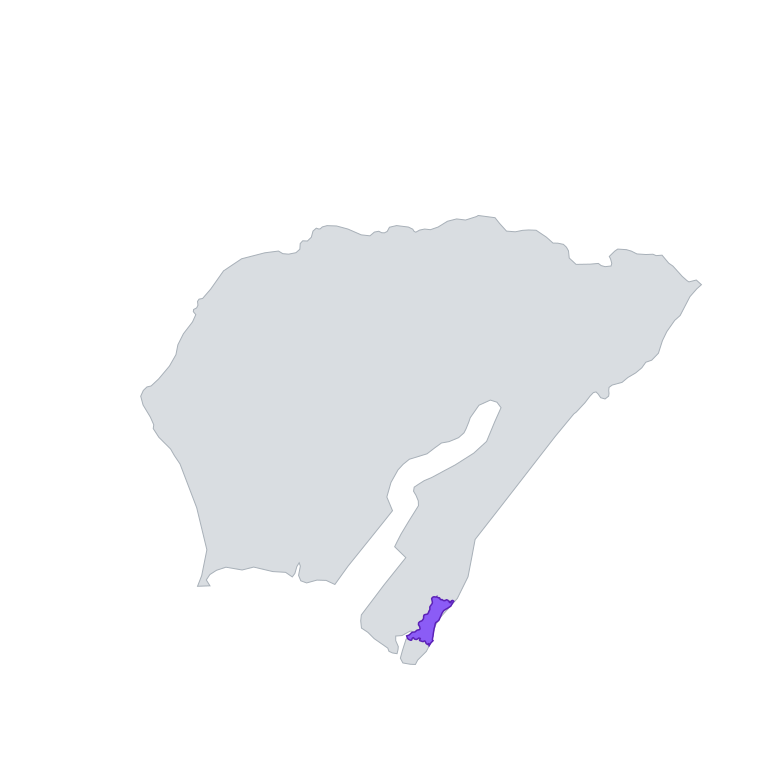 Ziguinchor, Ziguinchor, Senegal (highlighted), rotated 308°
{"feature_id": "50182788B19119296887329", "entity_name": "Ziguinchor", "entity_type": "district", "adm_level": 2, "iso_a3": "SEN", "parent_name": "Senegal", "parent_adm1": "Ziguinchor", "projection": "albers", "projection_center": [-16.18, 12.511], "detail": "fine", "context": "in_parent", "style": "filled", "palette": "violet", "viewbox_px": 768, "rotation_deg": 308, "n_neighbors": 0, "source": "geoboundaries", "source_scale": "gbopen_adm2", "svg_char_len": 7553}
<svg xmlns="http://www.w3.org/2000/svg" viewBox="0 0 768 768"><g transform="rotate(308 384 384)"><path d="M574.8,354.5L583.4,369.1L581.7,376.1L579.9,386.4L584.8,393.8L590.4,398.6L594.4,403.1L598.8,409.2L599.7,421.5L599.1,430.4L602.0,434.3L604.5,439.4L604.1,443.6L602.5,447.4L597.3,452.4L596.5,461.7L605.4,472.7L611.0,478.7L611.0,482.2L612.6,486.0L616.8,490.3L619.3,489.2L622.0,485.6L623.2,483.0L630.7,484.0L634.2,485.1L639.1,492.3L641.0,497.1L642.2,503.2L647.3,510.7L651.8,516.0L652.7,519.4L656.7,523.8L654.5,534.0L654.8,539.1L652.4,552.7L652.0,559.1L652.2,561.4L658.2,566.1L657.7,573.0L651.6,571.9L641.2,571.3L620.3,575.2L613.1,573.9L599.4,574.6L589.6,576.7L577.2,581.3L567.6,580.3L562.3,576.9L555.5,577.2L547.7,575.5L539.4,572.2L531.9,570.6L523.7,564.5L519.9,563.4L517.2,565.1L515.0,567.2L512.7,568.5L508.3,567.4L506.6,563.2L507.9,559.1L508.3,556.0L506.2,554.3L501.2,553.8L493.2,553.9L480.3,552.8L477.3,552.0L448.5,551.2L418.5,551.3L393.2,551.4L361.1,551.5L338.6,551.5L317.6,551.5L301.4,559.9L283.8,568.9L260.2,573.8L233.0,572.0L224.3,573.3L215.3,577.3L208.7,580.2L199.3,582.0L187.2,580.5L182.3,581.4L179.3,577.2L175.8,570.6L178.0,565.7L185.4,562.6L196.5,558.5L202.3,560.6L205.7,560.7L206.3,558.1L205.3,556.7L196.9,553.1L192.6,548.4L189.0,551.2L185.9,556.9L183.3,558.6L179.5,560.3L177.3,556.3L176.4,552.5L178.2,549.6L177.3,533.0L178.4,524.2L177.8,516.5L183.1,511.4L188.1,508.3L207.5,508.0L225.5,507.7L242.9,507.9L260.6,508.1L262.3,492.6L267.9,491.4L276.3,489.8L291.9,487.9L309.3,486.1L313.0,483.0L315.9,477.9L317.7,473.3L321.3,471.3L326.2,472.9L332.6,475.2L339.2,478.9L346.8,482.3L351.9,484.5L364.0,489.9L384.8,497.3L401.9,500.2L422.5,494.5L437.4,490.8L439.2,484.2L436.8,477.7L425.7,471.9L410.6,472.7L406.0,474.3L399.0,476.3L394.7,477.1L387.6,475.8L378.6,470.7L372.9,465.6L364.9,463.3L355.5,460.9L340.3,450.3L332.5,448.5L325.0,447.9L310.7,450.1L296.7,455.8L289.4,468.7L275.4,468.6L245.7,468.2L218.4,467.8L195.8,468.7L193.6,459.3L188.2,451.9L179.6,445.5L177.7,439.6L180.6,434.5L189.0,430.2L190.9,427.2L186.5,427.7L179.9,430.4L175.5,430.5L175.0,422.4L167.7,411.8L159.5,394.0L150.1,386.7L142.3,372.2L134.1,366.7L126.6,364.1L120.2,364.6L117.8,371.1L109.8,361.6L120.8,358.3L144.3,346.5L171.2,312.6L195.4,272.5L198.5,263.0L201.4,255.8L203.4,239.4L206.8,229.6L210.1,227.7L214.1,220.2L219.1,207.1L224.6,199.8L230.8,198.3L235.7,199.0L239.1,201.7L249.2,203.3L266.0,203.9L279.0,202.0L288.1,197.4L300.1,195.0L315.0,194.9L322.8,193.0L323.6,189.2L325.5,188.1L328.6,189.5L331.5,188.9L334.3,186.2L337.0,186.0L339.7,188.4L352.2,189.0L374.4,187.9L395.0,194.7L414.0,209.3L423.8,219.0L424.4,224.0L427.6,228.9L433.3,233.8L438.4,234.7L443.1,231.5L446.8,231.8L449.5,235.6L454.9,236.4L460.8,233.9L465.1,234.7L465.9,237.0L466.9,238.2L469.8,238.7L473.7,241.6L479.3,249.3L483.9,260.2L487.5,274.2L492.1,281.7L497.8,282.9L501.1,285.8L501.8,289.1L503.4,291.3L506.2,292.6L510.9,291.8L516.6,296.4L522.7,306.6L523.7,311.3L522.8,313.8L523.2,315.6L527.2,317.3L531.1,320.6L534.2,325.6L541.0,330.0L551.3,333.8L558.8,339.6L563.4,347.3L572.9,353.8L574.8,354.5Z" fill="#d9dde1" stroke="#a8b0b8" stroke-width="1"/><path d="M199.5,556.9L199.3,557.2L198.9,557.7L198.6,558.2L198.2,558.9L198.1,559.3L197.9,560.0L197.9,560.5L198.0,561.0L198.3,562.3L198.5,562.8L198.8,563.1L199.0,563.3L199.4,563.4L199.6,563.4L200.0,563.2L200.4,563.0L200.8,562.9L201.1,562.8L201.4,562.9L201.6,563.0L201.9,563.1L202.2,563.3L202.2,563.6L202.2,563.8L201.9,564.4L201.8,564.6L201.8,565.0L201.9,565.3L202.0,565.7L202.3,566.3L202.6,566.8L203.1,567.1L203.7,567.4L204.1,567.5L204.5,567.6L205.0,567.7L205.3,567.9L205.5,568.3L205.7,568.8L205.8,569.2L205.7,569.4L205.6,569.5L205.4,569.5L205.2,569.5L204.8,569.5L204.4,569.5L204.2,569.6L203.8,570.0L203.9,570.5L204.0,570.9L204.2,571.3L204.4,571.8L204.6,572.5L204.7,572.8L204.9,573.1L205.0,573.3L205.2,573.5L205.3,573.6L206.2,573.9L206.5,574.2L206.6,574.6L206.6,575.0L206.4,575.2L206.3,575.3L206.2,575.5L206.1,575.9L206.0,576.0L205.9,576.1L205.8,576.3L205.7,576.6L205.6,576.9L205.5,577.0L205.5,577.4L205.5,577.5L205.5,578.1L205.6,578.4L205.6,578.8L205.8,578.9L206.0,579.0L206.2,578.9L206.5,578.8L206.8,579.0L207.0,579.1L207.0,579.3L206.9,579.6L206.6,579.7L206.4,579.5L206.2,579.5L206.0,579.9L206.0,580.1L205.9,580.2L205.8,580.3L205.7,580.4L205.5,580.7L205.8,580.7L206.0,580.6L206.3,580.6L206.8,580.5L207.5,580.5L208.0,580.4L208.5,580.3L208.8,580.4L209.3,580.4L210.3,580.5L211.4,580.6L211.9,580.7L212.0,580.2L212.4,579.5L212.8,579.3L213.4,578.9L214.3,578.4L215.1,578.1L215.3,578.0L215.8,577.7L216.4,577.3L217.2,576.8L218.1,576.3L218.8,575.9L219.7,575.4L220.3,575.1L221.0,574.7L221.7,574.3L222.3,574.0L223.5,573.6L223.9,573.4L224.4,573.2L224.9,572.9L225.0,572.9L225.2,572.7L225.8,572.4L226.9,571.9L227.8,571.7L228.0,571.7L228.7,572.0L229.2,572.1L229.8,572.3L230.5,572.5L231.4,572.7L231.6,572.7L231.9,572.6L232.6,572.5L233.5,572.2L234.6,572.0L235.3,571.8L236.5,571.5L237.4,571.3L238.3,571.0L239.7,570.7L240.4,570.7L241.4,570.6L242.4,570.6L242.6,570.7L243.0,570.8L243.4,571.0L244.6,571.4L245.3,571.7L245.7,571.9L245.8,571.9L246.1,572.0L246.5,572.2L247.5,572.5L250.0,573.4L251.2,573.2L253.4,572.9L254.6,572.8L255.2,572.7L255.4,572.7L255.7,572.7L255.8,572.7L255.8,572.4L255.8,572.2L255.8,571.9L255.8,571.7L255.7,571.5L255.6,571.4L255.6,571.2L255.3,571.0L255.0,570.8L254.9,570.7L254.7,570.7L254.4,570.6L254.2,570.6L253.8,570.7L253.8,570.8L253.6,570.8L253.5,571.0L253.4,571.0L252.9,571.2L252.7,571.2L252.6,570.8L252.5,570.7L252.4,570.5L252.3,570.3L252.3,570.1L252.2,570.1L252.2,569.9L252.4,569.7L252.5,569.7L252.8,569.5L252.9,569.4L253.0,569.4L252.9,569.1L252.8,568.9L252.8,568.7L252.7,568.4L252.7,568.1L252.8,568.0L252.9,567.7L252.9,567.4L252.8,567.2L252.7,566.9L252.7,566.7L252.6,566.4L252.4,566.1L252.1,566.0L251.7,565.7L251.4,565.6L251.1,565.4L250.9,565.4L250.7,565.4L250.6,565.2L250.5,564.9L250.4,564.8L250.3,564.6L250.2,564.5L250.1,564.4L250.0,564.2L249.9,564.1L249.9,563.9L249.9,563.6L249.9,563.4L249.9,563.2L249.9,562.9L249.8,562.7L249.7,562.5L249.8,562.3L249.7,562.2L249.2,561.9L249.2,561.7L249.0,561.4L249.0,561.2L248.9,560.8L249.0,560.7L249.3,560.3L249.4,560.2L249.5,560.0L249.5,559.9L249.5,559.7L249.6,559.4L249.4,559.3L249.2,559.1L249.3,558.9L249.2,558.7L249.1,558.3L249.0,558.0L248.9,557.9L248.9,557.7L248.8,557.4L248.7,557.1L248.7,556.8L248.7,556.7L248.8,556.6L248.7,556.6L248.5,556.4L248.4,556.3L248.3,556.2L248.1,556.0L247.9,555.8L247.8,555.6L247.7,555.4L247.6,555.2L247.4,554.9L247.3,554.7L247.2,554.6L247.0,554.3L246.8,554.1L246.5,554.0L246.3,553.8L246.0,553.7L245.5,553.6L245.1,553.6L244.8,553.6L244.4,553.6L244.3,553.8L243.9,554.0L243.3,554.8L243.0,555.1L242.1,556.2L242.0,556.3L241.4,556.8L240.8,557.1L240.4,557.1L238.5,557.2L238.2,557.2L236.8,557.3L236.2,557.6L236.0,557.8L235.4,558.3L234.7,558.9L234.0,559.1L233.8,559.1L232.7,559.3L232.3,559.4L231.9,559.5L231.5,559.7L230.0,559.9L229.8,560.0L229.6,559.9L229.3,559.8L228.7,559.2L228.3,559.0L228.0,558.6L227.3,558.1L226.5,557.8L225.7,558.1L225.4,558.2L225.1,558.4L224.9,558.6L224.5,558.9L224.0,559.2L223.6,559.4L223.5,559.5L223.2,559.6L222.5,559.7L222.4,559.7L220.7,559.6L220.2,559.4L219.8,559.0L219.3,558.8L218.7,558.5L218.0,558.4L217.1,558.3L216.3,558.8L216.0,559.0L215.9,559.1L215.5,559.4L215.5,559.6L215.4,559.7L215.2,560.4L215.0,560.8L214.8,561.4L214.4,561.9L213.4,563.1L212.5,563.2L212.1,563.0L211.6,562.6L211.4,562.5L211.2,562.3L210.8,561.9L210.4,561.6L210.0,561.5L209.2,561.3L208.3,561.2L207.9,561.1L207.4,560.8L206.4,559.7L205.6,559.0L204.6,558.8L203.5,558.6L202.9,558.6L202.1,558.4L201.5,558.2L201.0,557.9L200.5,557.6L200.2,557.4L199.5,556.9Z" fill="#8b5cf6" stroke="#5b21b6" stroke-width="1.5"/></g></svg>